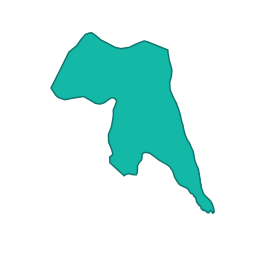 outline of Mongoumba, Lobaye, Central African Republic, rotated 348°
{"feature_id": "33826404B21321520993489", "entity_name": "Mongoumba", "entity_type": "district", "adm_level": 2, "iso_a3": "CAF", "parent_name": "Central African Republic", "parent_adm1": "Lobaye", "projection": "robinson", "projection_center": [18.556, 3.707], "detail": "fine", "context": "isolated", "style": "filled", "palette": "teal", "viewbox_px": 256, "rotation_deg": 348, "n_neighbors": 0, "source": "geoboundaries", "source_scale": "gbopen_adm2", "svg_char_len": 3492}
<svg xmlns="http://www.w3.org/2000/svg" viewBox="0 0 256 256"><g transform="rotate(348 128 128)"><path d="M153.6,47.5L146.0,49.4L137.5,48.9L132.2,46.5L127.3,42.4L119.8,36.2L115.5,30.7L112.3,27.3L109.6,27.1L105.8,27.6L99.9,32.2L95.1,36.7L86.0,41.5L72.3,58.8L61.0,72.9L64.2,81.0L66.1,83.6L72.0,87.2L80.1,87.3L91.3,88.0L101.3,97.1L105.8,98.8L110.2,98.3L114.3,96.4L117.8,95.1L120.4,95.6L122.3,98.0L122.2,99.7L120.8,102.3L117.3,107.4L116.6,111.4L115.2,115.8L112.0,123.4L107.5,130.3L106.1,138.0L107.2,143.0L107.8,149.0L107.3,150.9L104.0,152.7L103.1,158.2L114.3,173.9L116.1,173.1L118.4,172.7L120.3,173.3L122.2,174.3L124.2,174.9L126.3,175.5L127.5,174.0L128.2,172.0L128.8,169.7L129.3,167.4L130.3,165.7L131.7,164.3L133.1,163.1L134.7,162.0L135.5,160.0L136.0,157.7L137.1,156.0L138.5,155.4L140.8,155.7L142.6,156.6L144.4,157.4L145.7,159.0L147.0,160.4L148.2,161.8L149.5,163.2L150.7,164.7L151.9,166.1L153.5,167.3L154.8,168.7L156.3,169.9L157.8,171.1L159.0,172.5L160.3,173.9L161.3,175.7L162.0,177.7L162.9,179.7L163.1,182.3L163.3,184.9L163.8,187.2L164.5,189.2L165.3,191.2L166.1,193.2L167.3,194.8L168.8,195.8L170.3,197.0L171.9,198.2L173.4,199.4L174.4,201.1L174.7,202.3L174.9,202.6L175.2,203.5L175.9,205.1L177.0,205.6L177.5,206.0L177.8,206.4L178.3,207.7L178.4,208.7L178.7,208.8L179.1,209.2L179.6,210.5L179.7,211.0L179.8,212.5L179.7,213.9L179.9,214.6L179.9,214.9L180.1,215.1L180.3,215.2L180.3,215.4L180.3,215.5L180.2,215.6L180.3,216.0L180.5,216.2L180.8,216.8L180.8,217.2L180.9,217.7L181.5,218.5L181.8,218.7L182.0,218.5L182.4,219.1L182.4,219.5L182.5,219.8L182.8,220.1L183.0,220.4L182.9,220.5L183.0,220.8L183.0,221.2L183.0,221.3L182.9,221.5L183.1,221.6L183.1,221.8L182.9,221.9L182.9,222.1L183.0,222.3L183.3,222.5L183.7,222.8L183.9,223.2L184.0,223.6L184.0,223.9L184.3,224.2L184.5,224.2L184.9,224.1L185.3,224.2L185.8,224.5L186.2,225.0L186.6,225.5L187.2,225.8L187.5,226.4L187.7,226.8L187.9,226.8L188.1,226.7L188.3,226.8L188.4,227.2L188.5,227.6L188.9,227.8L189.0,227.7L189.5,227.5L189.8,227.3L190.1,227.1L190.2,226.9L190.4,226.8L190.6,226.6L190.9,226.5L191.0,226.6L191.2,226.2L191.4,225.9L191.4,225.7L191.6,225.7L191.7,225.9L191.7,226.1L192.1,226.2L192.4,226.5L192.6,226.7L192.9,227.0L193.2,227.3L193.4,227.5L193.4,227.9L193.1,228.3L192.9,228.2L192.7,228.4L192.7,228.6L193.0,228.8L193.3,228.5L193.5,228.6L193.7,228.8L193.9,228.7L194.0,228.6L193.7,228.4L193.6,228.2L194.0,228.1L194.3,228.3L194.9,228.1L195.0,225.2L195.0,223.3L194.8,221.8L194.7,220.7L194.4,219.3L194.0,217.7L193.5,216.5L192.5,214.9L191.9,213.9L191.0,212.7L190.1,211.5L188.3,208.2L188.0,206.8L187.7,205.1L187.6,203.8L187.4,202.3L187.3,200.3L187.8,199.4L187.6,197.9L187.4,196.1L187.6,194.8L187.9,192.5L187.9,190.5L188.1,187.8L188.1,186.1L188.3,183.8L188.1,181.8L187.5,179.5L187.2,177.6L186.8,175.2L186.6,172.7L186.7,170.4L186.9,166.2L186.8,164.5L186.5,162.6L186.0,160.9L185.7,159.3L185.3,157.3L185.2,156.4L184.7,154.7L184.1,153.3L183.6,151.9L182.9,149.1L182.6,147.0L182.2,142.3L182.2,139.1L182.3,136.8L182.1,134.8L181.8,131.8L181.8,129.2L181.9,127.2L181.8,124.9L181.6,123.0L181.4,120.3L180.9,117.1L180.6,115.5L180.5,114.2L180.4,113.6L180.1,112.5L179.7,111.3L179.2,109.7L178.7,107.2L178.2,105.1L177.7,102.6L177.3,100.1L177.2,98.4L177.3,97.1L177.7,95.7L178.1,92.8L178.6,91.4L179.1,90.4L179.8,89.1L180.1,88.4L181.4,85.8L181.8,84.3L182.4,82.6L182.9,80.9L183.0,79.5L182.8,77.9L182.9,76.4L182.8,74.9L182.6,73.0L182.4,70.4L182.7,65.6L182.7,63.2L182.9,61.4L183.2,60.0L165.4,48.0L161.9,46.2L153.6,47.5Z" fill="#14b8a6" stroke="#0f766e" stroke-width="1.5"/></g></svg>